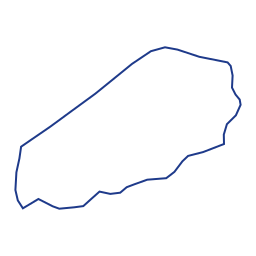 Wadi al Hayaa, Robinson projection
{"feature_id": "LBY-5488", "entity_name": "Wadi al Hayaa", "entity_type": "Municipality", "adm_level": 1, "iso_a3": "LBY", "parent_name": "Libya", "parent_adm1": "", "projection": "robinson", "projection_center": [12.828, 26.42], "detail": "fine", "context": "isolated", "style": "outline", "palette": "blue", "viewbox_px": 256, "rotation_deg": 0, "n_neighbors": 0, "source": "natural_earth", "source_scale": "10m", "svg_char_len": 636}
<svg xmlns="http://www.w3.org/2000/svg" viewBox="0 0 256 256"><path d="M227.6,62.4L230.7,66.0L232.6,75.5L232.0,87.6L235.5,94.5L239.7,99.6L240.6,104.8L235.9,115.3L226.9,124.2L223.8,134.6L224.0,144.0L203.0,152.1L188.1,155.9L182.4,161.3L174.4,171.9L166.2,178.2L147.2,179.7L134.1,184.4L126.7,187.2L120.2,192.7L110.3,193.9L99.5,191.6L91.4,198.8L83.3,206.1L74.2,207.3L59.3,208.7L52.7,206.3L38.4,199.0L22.9,208.3L17.8,200.4L15.4,190.0L16.4,172.3L19.4,158.5L21.1,146.7L31.7,139.4L50.5,126.5L71.6,111.0L95.3,93.7L116.5,76.5L132.0,63.9L150.9,51.2L165.0,47.3L177.5,49.6L199.3,56.8L227.6,62.4Z" fill="none" stroke="#1e3a8a" stroke-width="2"/></svg>